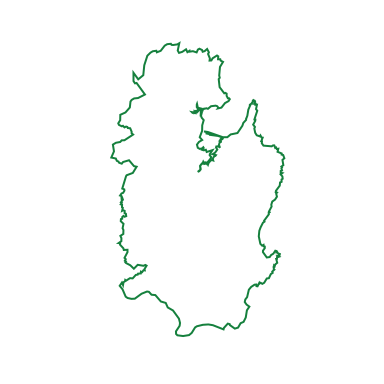 Dungarvan Lea-6, Waterford, Ireland, rotated 300°
{"feature_id": "5873133B99301396189175", "entity_name": "Dungarvan Lea-6", "entity_type": "district", "adm_level": 2, "iso_a3": "IRL", "parent_name": "Ireland", "parent_adm1": "Waterford", "projection": "robinson", "projection_center": [-7.659, 52.063], "detail": "fine", "context": "isolated", "style": "outline", "palette": "green", "viewbox_px": 384, "rotation_deg": 300, "n_neighbors": 0, "source": "geoboundaries", "source_scale": "gbopen_adm2", "svg_char_len": 6081}
<svg xmlns="http://www.w3.org/2000/svg" viewBox="0 0 384 384"><g transform="rotate(300 192 192)"><path d="M88.8,288.0L90.3,287.6L95.9,288.8L96.4,290.7L95.7,291.3L95.1,297.4L97.6,299.7L102.7,299.7L105.3,301.6L110.2,301.3L117.0,298.7L121.4,299.0L121.8,295.5L123.1,292.7L125.6,291.9L128.5,292.3L135.8,290.1L139.4,290.7L143.0,292.5L144.0,293.9L142.7,294.9L143.1,295.9L147.1,295.7L146.7,296.4L147.7,296.8L147.6,298.8L149.5,299.9L154.5,300.0L155.8,301.7L160.3,301.3L162.3,302.3L163.2,301.3L165.9,302.1L166.0,301.4L167.9,300.5L167.6,299.4L168.3,300.4L169.3,299.9L169.1,300.7L170.8,300.3L173.3,301.2L176.1,298.4L176.5,299.0L178.5,298.1L178.3,298.7L179.7,299.9L179.8,299.0L180.1,299.6L182.2,299.1L182.0,298.1L181.3,298.3L182.9,295.3L182.1,295.1L183.0,294.2L182.8,293.5L179.3,293.3L176.9,292.0L174.5,291.8L172.7,289.5L175.4,283.5L176.7,282.8L179.8,283.1L181.1,282.3L180.8,281.4L182.0,280.4L180.6,279.6L181.3,277.1L187.0,272.0L192.1,269.7L195.6,269.1L200.9,268.8L202.6,269.6L203.2,268.8L211.1,269.7L212.3,268.8L213.3,269.3L213.6,268.4L219.2,268.2L220.7,267.0L223.9,266.3L226.9,267.7L230.4,267.9L232.7,265.7L234.0,265.9L233.7,264.6L235.0,264.1L241.4,264.8L244.3,263.5L245.6,264.5L247.6,263.3L248.8,263.9L250.7,262.5L251.6,259.9L253.5,260.7L253.0,259.2L254.6,258.3L255.7,259.2L257.2,257.6L258.3,257.7L258.7,256.7L260.9,257.7L265.0,254.3L267.4,255.1L269.6,252.5L269.2,250.9L270.2,250.4L269.6,246.0L272.6,245.1L271.6,243.9L272.6,242.5L271.8,242.0L273.5,240.0L272.9,238.9L271.4,238.2L267.9,230.7L269.1,228.1L270.8,227.3L270.6,226.6L274.4,226.0L274.0,225.0L275.2,223.0L274.1,223.0L273.5,219.7L274.9,217.1L278.2,214.2L279.8,214.0L280.9,211.3L285.3,211.2L286.1,210.8L285.6,210.3L285.9,209.8L295.0,207.9L295.8,206.0L300.1,204.6L299.2,203.2L300.0,202.7L299.6,201.9L300.6,202.4L300.8,201.5L302.1,201.3L302.4,200.5L301.7,199.5L298.3,199.3L296.5,198.5L295.5,198.6L296.9,199.0L291.5,199.6L285.7,201.8L282.5,202.3L281.9,201.6L282.4,202.3L281.5,202.8L277.5,201.9L274.6,202.5L265.8,201.9L261.2,196.7L257.1,195.2L254.9,191.4L251.9,175.7L250.5,172.1L251.1,174.7L249.9,175.3L250.8,178.0L250.4,178.8L253.6,186.6L254.3,190.3L253.6,191.1L254.1,191.7L253.3,191.7L253.7,192.1L252.2,191.5L253.2,191.7L253.0,190.6L251.6,190.3L251.2,190.5L252.1,191.2L250.4,190.6L250.6,191.2L250.0,191.4L250.5,191.6L249.9,192.0L248.7,191.2L245.6,191.9L244.8,192.3L245.3,193.0L244.3,194.1L244.8,192.2L243.6,190.3L242.5,190.6L241.4,192.7L237.6,192.3L235.1,191.0L235.9,194.3L235.0,194.2L234.8,193.4L231.2,193.3L229.9,194.6L229.7,193.4L228.5,192.4L226.3,192.0L227.7,191.2L224.4,191.1L224.0,191.7L224.6,192.0L223.6,192.2L224.3,191.0L224.8,191.0L224.3,190.9L223.1,192.0L224.0,191.0L223.1,189.2L223.8,189.0L222.9,189.1L222.4,188.6L223.4,187.0L221.8,187.0L221.5,186.4L218.7,186.0L216.2,188.1L215.6,188.2L213.7,187.9L212.3,186.9L215.6,188.1L218.6,185.9L221.6,186.3L221.8,186.9L223.9,186.6L222.8,188.5L223.0,188.8L223.9,188.3L224.5,188.6L223.9,188.4L224.4,188.9L223.6,189.6L223.9,190.3L230.3,191.4L231.9,191.1L232.7,188.9L233.8,188.5L238.5,188.8L234.0,184.7L235.5,182.9L234.0,181.4L233.6,179.7L236.0,180.1L236.4,179.4L234.9,179.0L233.2,177.2L233.2,174.9L235.5,172.6L238.9,173.0L242.1,174.8L243.3,171.3L250.0,170.2L254.9,167.5L260.1,166.2L261.2,163.2L262.5,161.7L266.4,160.6L261.7,161.7L268.3,158.3L267.1,158.5L267.7,157.9L267.2,157.4L263.1,156.4L262.3,155.5L263.9,155.7L263.5,155.0L262.3,155.4L260.8,152.9L261.1,151.9L261.9,154.1L263.0,153.7L262.7,154.7L263.5,154.1L265.5,156.2L266.8,156.0L267.9,153.7L270.2,152.4L270.8,152.3L267.9,154.9L269.0,158.7L268.1,159.2L269.2,160.0L266.6,160.6L269.3,160.2L271.7,162.6L272.0,164.2L275.8,165.6L278.6,169.3L278.9,171.0L278.1,172.8L277.4,172.7L279.8,175.3L285.5,176.1L289.0,178.2L291.3,178.3L291.7,177.2L291.1,176.2L292.6,173.9L294.5,172.8L294.5,171.3L293.6,170.6L296.6,163.5L303.1,158.7L304.8,158.9L306.5,157.3L314.3,153.7L320.2,153.8L320.1,151.2L321.1,150.1L320.0,148.2L322.6,146.9L322.7,145.4L318.1,143.0L315.6,143.0L314.6,141.5L316.6,140.7L319.6,136.9L321.4,136.8L323.4,133.6L320.3,132.5L318.8,131.1L320.0,129.7L319.8,126.8L318.3,125.9L315.2,126.2L314.4,122.4L312.3,119.7L313.0,119.2L310.8,118.1L312.6,115.5L308.5,113.5L306.0,111.2L307.4,108.9L314.5,106.6L312.5,105.5L309.9,102.2L309.2,100.7L309.8,99.6L307.6,96.6L305.1,95.2L298.6,94.3L295.4,91.7L296.5,90.5L294.3,87.7L292.0,86.4L287.7,85.2L277.9,87.3L268.8,91.4L262.7,89.1L266.0,81.7L258.8,85.9L257.6,88.3L258.7,89.5L252.9,102.5L246.4,98.3L244.1,95.1L241.6,93.7L239.6,93.5L234.1,95.9L227.6,94.6L223.0,91.3L218.3,93.9L214.6,93.8L213.6,95.2L213.8,98.4L214.8,99.1L214.2,101.2L215.7,102.2L216.0,103.5L215.3,104.4L216.3,106.6L214.0,109.6L212.7,110.3L212.3,112.3L203.0,107.6L201.6,105.3L199.4,104.8L196.6,101.5L193.5,99.8L188.2,104.1L181.5,104.9L182.9,109.3L181.4,111.3L181.6,113.1L180.9,114.2L181.4,117.0L183.5,117.3L188.0,121.6L185.4,128.8L186.2,131.4L178.9,131.2L173.8,127.0L172.6,127.0L160.1,129.9L160.4,132.0L159.4,132.8L156.9,132.8L155.5,131.7L153.0,131.5L153.3,132.8L151.0,134.4L152.0,134.6L150.8,136.0L147.5,135.6L147.5,136.6L145.7,136.5L146.0,137.8L143.8,139.0L143.7,140.0L140.8,140.9L141.8,141.5L142.0,143.1L139.9,144.3L140.1,145.6L138.2,147.1L136.8,145.9L137.0,144.6L135.5,144.1L133.9,144.9L133.0,144.0L131.1,144.9L130.2,148.6L125.9,150.0L124.8,151.6L121.3,153.5L118.2,151.9L116.8,153.9L114.1,155.4L111.1,154.0L111.7,155.4L110.4,156.0L108.9,160.8L107.7,161.9L109.7,165.0L107.7,166.2L101.2,166.5L100.7,168.2L98.9,168.2L98.8,169.5L97.8,169.4L97.5,170.4L97.7,175.2L96.5,180.0L101.8,181.4L103.8,186.8L105.5,188.1L105.5,189.5L101.6,189.4L100.5,190.3L100.0,189.1L97.7,188.9L97.5,187.6L95.9,188.4L94.3,186.1L93.3,186.3L92.1,184.8L87.5,183.8L86.4,181.4L82.2,179.2L82.4,178.2L81.2,178.6L79.6,177.8L76.9,178.8L78.5,176.6L74.6,176.3L73.0,180.5L68.2,186.9L68.0,189.2L69.2,193.0L71.0,195.8L78.7,199.2L83.3,202.8L84.0,204.6L82.8,208.3L84.4,211.8L81.6,219.8L82.8,224.7L79.9,228.7L79.9,234.8L75.8,244.0L72.6,247.1L69.9,248.2L63.3,247.8L61.1,249.2L60.6,251.0L62.8,256.3L66.6,261.0L69.8,262.2L76.3,262.4L78.2,263.4L82.4,267.8L85.5,272.4L87.1,276.7L88.8,288.0ZM301.9,199.3L303.2,199.3L301.9,199.1L301.9,199.3Z" fill="none" stroke="#15803d" stroke-width="2"/></g></svg>